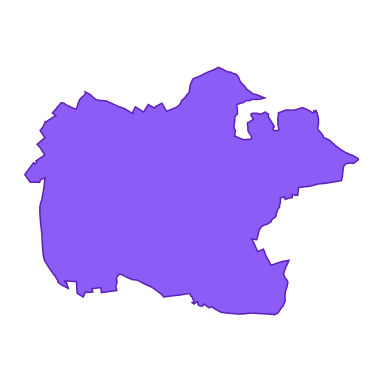 the district of Breaza, Mures, Romania, rotated 179°
{"feature_id": "2599482B97125721740240", "entity_name": "Breaza", "entity_type": "district", "adm_level": 2, "iso_a3": "ROU", "parent_name": "Romania", "parent_adm1": "Mures", "projection": "mercator", "projection_center": [24.592, 46.763], "detail": "fine", "context": "isolated", "style": "filled", "palette": "violet", "viewbox_px": 384, "rotation_deg": 179, "n_neighbors": 0, "source": "geoboundaries", "source_scale": "gbopen_adm2", "svg_char_len": 5944}
<svg xmlns="http://www.w3.org/2000/svg" viewBox="0 0 384 384"><g transform="rotate(179 192 192)"><path d="M298.5,290.3L301.7,287.5L302.8,286.2L303.1,285.6L304.3,282.9L305.1,279.7L306.6,276.8L306.9,276.8L309.4,277.9L316.5,281.4L318.4,283.0L321.3,283.7L322.3,282.4L323.1,281.5L323.9,280.2L324.5,280.0L325.3,279.3L325.2,278.8L330.2,273.5L326.8,270.5L327.6,270.2L329.6,269.2L336.6,264.8L337.5,265.0L338.5,262.4L339.4,260.6L340.7,258.6L342.8,256.1L338.2,248.9L346.0,242.3L342.6,238.4L338.6,231.6L347.5,225.7L347.0,225.3L346.5,224.4L348.2,223.0L348.6,222.8L349.9,224.0L354.8,217.6L355.5,216.7L357.8,213.7L357.7,213.6L358.8,212.2L355.3,207.1L353.8,204.7L344.2,204.3L343.2,206.9L338.6,208.8L339.0,207.4L339.4,203.7L339.6,202.4L339.9,199.4L340.3,196.8L341.4,191.6L342.0,188.1L342.5,186.3L343.0,185.3L344.0,181.7L344.3,180.4L344.4,178.8L344.5,175.1L344.3,169.9L343.9,163.1L342.8,151.8L342.7,146.2L342.3,137.5L341.9,132.5L341.4,128.7L340.8,126.5L340.0,125.0L334.8,116.5L331.3,111.3L330.7,111.2L329.5,108.7L328.0,106.5L327.8,105.9L327.8,104.9L327.5,104.3L326.9,103.7L325.3,102.2L324.1,101.4L317.3,97.7L317.4,98.2L317.8,99.1L318.7,102.6L319.1,103.4L319.6,103.8L320.4,104.0L320.6,104.5L320.8,105.3L309.1,104.4L308.6,92.7L302.6,88.9L300.2,93.9L298.1,93.4L292.9,93.7L293.8,96.7L293.5,97.0L293.0,97.2L285.8,97.9L284.8,97.7L284.4,93.0L268.9,94.8L269.7,98.1L269.7,98.9L269.4,100.5L268.5,103.1L268.6,104.4L269.0,105.9L268.9,107.1L268.7,108.0L268.1,109.0L267.1,109.8L266.5,110.5L265.6,111.1L263.2,110.4L256.9,107.0L256.0,106.7L253.3,105.4L249.1,105.0L247.0,104.2L244.3,102.6L239.9,100.3L235.2,98.3L232.1,96.3L224.9,90.8L223.7,89.6L222.1,87.5L213.8,88.5L206.5,89.1L198.9,90.3L197.6,90.4L196.1,90.3L195.4,89.7L195.2,88.4L194.7,87.6L193.6,86.9L193.0,84.8L192.4,83.8L191.8,82.5L191.8,82.1L193.8,81.4L193.3,80.9L192.1,80.1L191.7,80.0L190.3,81.2L188.5,82.3L188.4,82.1L187.8,79.0L186.3,78.0L185.5,77.8L183.0,77.9L182.8,78.3L182.6,79.3L182.2,79.8L180.2,78.5L179.1,77.5L176.9,75.9L176.4,76.0L175.9,76.5L175.2,76.9L174.0,76.6L172.9,76.0L171.0,74.5L168.7,73.4L166.6,71.9L164.4,71.1L161.8,70.8L159.2,70.3L146.9,69.1L141.7,69.3L137.3,69.8L134.8,69.9L114.1,68.3L111.9,67.8L109.0,69.0L108.0,69.7L105.6,73.1L103.8,75.7L102.8,76.4L100.7,81.7L100.8,83.0L100.9,86.0L100.4,90.4L100.1,91.6L99.3,93.7L98.4,96.6L97.7,100.2L98.1,101.4L98.7,102.5L100.7,104.9L101.4,107.2L101.8,107.9L101.8,109.3L101.5,109.7L99.5,115.4L98.1,117.8L96.2,122.0L102.8,121.0L112.8,117.9L114.4,117.6L115.2,119.4L116.9,122.7L117.5,123.9L118.3,125.0L118.7,126.0L119.4,127.2L119.6,128.4L120.3,129.8L120.6,131.2L121.6,133.7L127.3,131.2L131.4,140.7L132.8,143.6L133.2,143.9L132.8,144.0L128.7,143.2L128.1,143.2L127.5,145.4L126.3,149.4L125.7,152.1L123.7,155.5L123.4,155.9L121.7,157.0L120.5,157.6L116.7,158.8L113.7,160.8L113.2,161.2L113.0,162.3L112.5,163.1L111.9,163.6L111.3,163.9L110.3,164.8L109.3,165.3L108.3,166.9L108.3,168.1L107.9,169.5L107.4,170.6L106.7,172.9L106.1,173.9L105.1,174.7L104.8,175.2L104.7,176.6L104.3,178.7L103.7,180.4L103.7,181.6L103.9,184.2L100.0,185.5L98.9,182.9L95.9,184.0L94.2,184.4L91.8,184.6L91.8,187.9L91.1,187.5L88.8,186.9L86.4,186.9L85.3,194.6L80.3,195.2L76.3,195.4L71.3,196.3L66.4,197.7L64.9,197.9L60.0,198.2L56.0,198.7L42.5,200.7L41.3,205.0L40.8,209.8L40.3,213.6L39.7,215.1L39.0,216.2L38.6,216.7L37.7,217.3L36.1,217.9L32.7,218.2L29.8,217.8L28.5,218.9L25.2,221.4L25.3,222.4L26.2,223.2L27.7,223.9L28.3,224.4L30.3,225.6L31.7,226.2L33.1,226.5L35.9,228.0L38.2,229.0L38.9,229.6L39.5,229.9L43.0,232.1L44.4,233.2L45.3,234.2L47.4,235.4L49.4,237.5L51.3,239.0L52.5,240.4L53.7,241.5L55.9,242.5L56.9,243.1L58.8,243.7L59.2,244.0L59.5,244.3L59.8,245.5L60.3,246.5L61.6,248.4L64.6,251.9L65.1,252.8L65.2,253.5L65.1,254.5L64.5,256.9L64.4,258.6L64.2,261.1L64.3,262.7L65.0,266.8L65.5,268.1L65.6,268.7L65.5,268.9L66.8,271.5L67.9,270.7L68.3,271.0L68.8,270.9L68.8,270.7L68.3,270.3L68.7,269.4L69.6,269.3L70.6,269.3L71.0,269.5L72.1,270.6L76.5,272.9L79.8,274.4L82.1,273.9L86.6,272.5L88.5,272.2L91.1,272.0L93.0,272.2L94.1,272.2L95.8,272.4L96.8,272.3L97.9,272.0L100.8,270.7L103.5,269.9L104.2,269.8L104.4,265.7L104.8,264.9L105.1,263.5L104.9,261.6L105.0,259.3L104.9,258.4L104.1,252.5L105.2,251.9L108.9,252.0L110.0,254.0L109.8,254.6L109.1,255.4L108.6,255.7L108.5,256.0L114.4,266.0L114.5,266.7L114.1,268.4L114.3,268.7L116.3,269.7L117.4,270.7L120.5,269.2L122.3,268.7L123.1,268.7L123.9,269.1L125.4,269.5L127.2,269.7L129.3,269.7L131.1,269.3L131.6,269.0L131.5,268.6L131.3,268.0L131.6,267.4L129.4,263.8L129.4,263.5L129.9,263.1L131.8,262.2L133.0,261.0L135.1,260.4L135.3,260.2L135.4,259.4L135.0,255.9L135.0,252.5L134.2,250.7L132.7,248.5L132.1,247.3L131.5,245.8L131.4,245.1L131.8,244.4L131.9,243.9L132.5,243.7L135.5,243.7L137.7,243.4L139.8,243.5L142.3,244.5L145.5,246.0L148.4,247.1L148.1,247.5L148.0,248.2L148.0,250.0L147.6,252.1L147.5,253.0L148.1,253.6L148.4,254.0L148.5,254.6L148.8,254.6L148.8,258.1L148.2,261.0L147.7,266.7L147.5,267.2L145.4,268.9L145.2,269.6L145.2,273.2L145.5,276.3L145.9,278.4L144.5,279.0L140.5,280.3L139.6,280.4L138.8,280.6L137.0,282.0L136.0,282.4L132.5,282.3L130.5,283.4L129.5,283.6L127.0,283.4L123.6,283.5L120.9,283.9L117.7,284.8L125.8,288.2L128.8,288.9L130.0,289.4L131.6,290.9L133.8,292.6L134.8,293.1L135.6,294.0L137.9,297.3L140.0,299.3L142.1,302.1L143.3,305.6L144.5,307.5L145.5,308.7L146.9,309.4L149.2,309.9L150.6,310.9L151.6,311.2L154.0,311.5L155.4,312.0L157.2,313.0L158.7,314.0L163.4,316.2L168.4,313.7L174.1,311.6L177.7,310.0L182.1,307.8L185.0,306.6L188.5,305.5L189.8,303.8L191.8,299.3L193.2,291.7L194.2,290.4L195.0,289.7L195.6,289.1L197.0,287.0L197.7,286.2L200.8,283.5L201.4,282.4L201.9,281.0L202.8,279.7L204.7,277.7L208.8,275.9L211.5,274.9L216.0,273.1L220.5,281.3L226.3,278.4L226.9,278.2L228.0,276.5L234.2,280.3L239.0,272.8L247.1,278.1L249.4,273.9L249.7,271.5L255.0,274.6L258.1,276.6L263.9,278.7L274.9,284.0L276.4,284.6L283.4,285.3L286.6,286.2L289.9,289.0L291.6,290.8L293.6,292.1L297.1,294.0L296.9,292.3L297.0,292.0L297.2,291.5L298.5,290.3Z" fill="#8b5cf6" stroke="#5b21b6" stroke-width="1.5"/></g></svg>